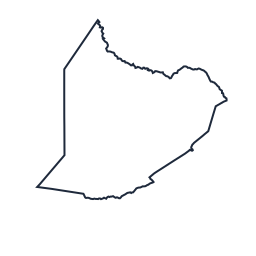 Palmas de Monte Alto, Bahia, Brazil (Mercator projection), rotated 22°
{"feature_id": "56859067B99815103572089", "entity_name": "Palmas de Monte Alto", "entity_type": "district", "adm_level": 2, "iso_a3": "BRA", "parent_name": "Brazil", "parent_adm1": "Bahia", "projection": "mercator", "projection_center": [-43.172, -14.195], "detail": "fine", "context": "isolated", "style": "outline", "palette": "slate", "viewbox_px": 256, "rotation_deg": 22, "n_neighbors": 0, "source": "geoboundaries", "source_scale": "gbopen_adm2", "svg_char_len": 3448}
<svg xmlns="http://www.w3.org/2000/svg" viewBox="0 0 256 256"><g transform="rotate(22 128 128)"><path d="M209.1,65.6L208.7,64.5L208.1,63.6L207.1,63.6L206.3,63.0L205.2,63.0L204.3,62.0L203.7,60.9L203.1,60.2L202.1,60.4L201.5,59.1L201.1,58.2L199.9,58.0L198.5,57.7L197.6,56.6L196.8,55.8L195.6,55.6L194.5,55.1L193.4,54.4L192.2,54.1L191.2,53.5L189.9,53.7L188.7,53.5L187.4,53.9L186.3,53.1L185.1,52.0L184.3,51.2L183.3,50.2L181.9,49.2L180.9,48.2L180.3,47.7L179.4,47.2L178.3,46.9L177.4,46.5L176.4,46.3L175.4,46.4L174.1,46.4L172.5,46.2L171.3,46.3L170.6,47.0L170.1,47.7L169.1,48.1L168.1,48.2L167.5,48.9L166.5,49.4L165.4,49.4L163.8,49.3L162.8,49.1L161.9,49.3L160.9,49.8L159.9,49.3L159.0,49.2L157.8,49.5L156.5,50.2L156.0,51.5L155.2,52.6L154.4,54.1L153.9,54.8L152.9,55.8L152.8,57.0L153.0,58.5L151.9,59.1L150.9,59.5L149.9,60.5L149.7,61.9L149.3,63.7L149.3,64.9L149.1,65.7L148.1,66.3L146.6,65.5L145.2,65.3L144.0,65.6L142.9,65.3L141.9,64.9L140.8,64.7L140.0,64.0L139.4,63.3L138.5,63.9L137.2,64.4L136.2,64.4L135.2,64.5L134.1,64.6L133.1,64.7L131.9,65.1L131.7,66.0L131.2,66.8L130.4,67.7L129.3,66.4L128.4,66.0L127.5,65.9L126.7,66.2L126.1,66.9L124.8,66.9L124.9,65.8L124.0,65.4L123.0,65.6L122.4,66.4L121.5,66.6L120.7,66.0L119.6,66.3L119.2,67.7L117.8,67.9L116.5,67.6L115.1,67.6L114.1,67.7L113.5,68.7L112.4,69.5L111.7,68.5L110.7,68.1L109.7,67.6L108.8,66.7L108.3,67.5L108.2,68.4L107.2,68.8L106.1,68.4L104.9,68.1L103.9,67.9L102.2,67.8L101.1,68.3L99.8,67.2L98.7,67.8L97.7,68.0L96.7,67.5L95.7,66.7L94.4,66.6L93.4,67.3L92.5,67.6L91.8,66.3L90.6,65.7L89.6,65.7L88.6,65.5L88.0,64.6L87.2,63.8L86.4,63.5L85.4,63.7L84.5,63.8L83.3,63.7L81.8,64.1L80.5,64.7L79.5,64.2L78.7,63.2L78.0,62.6L78.2,61.5L78.5,60.7L78.6,59.8L78.3,58.6L77.3,57.6L76.5,56.8L75.5,56.6L74.2,56.4L73.2,55.8L72.4,55.4L71.4,54.8L72.2,53.8L71.1,53.5L70.1,53.0L69.5,51.9L69.6,50.6L69.7,49.7L68.5,49.3L67.9,48.6L67.2,48.1L67.2,46.9L67.7,45.5L67.2,44.4L66.3,44.3L65.4,45.0L64.2,45.2L64.1,43.9L63.1,43.1L62.1,42.9L61.1,42.5L61.4,41.4L61.8,40.5L60.8,39.9L59.6,39.3L58.8,42.7L57.9,46.6L55.9,56.0L53.4,67.5L46.9,97.3L47.4,98.7L55.8,119.5L64.6,141.2L68.3,150.1L79.3,177.0L67.3,213.1L65.9,216.7L79.8,213.1L111.3,205.7L112.6,206.8L113.5,207.7L114.3,208.4L115.2,208.6L116.0,208.2L116.9,207.7L117.8,207.5L118.9,207.5L119.8,207.6L120.7,207.4L122.2,207.0L123.2,206.1L124.6,205.9L125.8,205.4L126.9,205.1L127.5,204.2L128.6,203.8L129.6,204.1L130.6,203.2L131.5,202.3L131.9,201.6L133.1,201.7L134.3,201.7L134.5,200.5L135.0,199.5L135.6,198.9L136.6,199.0L137.4,198.2L138.4,197.8L139.7,196.8L140.9,197.1L141.9,197.3L142.8,197.3L143.4,196.6L144.3,196.3L145.7,196.5L146.8,196.2L147.4,195.0L147.7,193.6L148.5,192.7L149.2,191.8L150.1,190.8L151.0,189.5L151.5,188.7L152.3,188.0L153.2,187.5L154.1,186.8L155.3,187.1L155.9,186.2L156.8,185.8L157.2,184.8L157.5,183.8L157.8,182.8L158.1,181.9L158.3,181.0L159.1,180.1L160.1,179.3L161.6,178.6L162.6,177.6L163.4,176.6L164.3,176.3L165.7,175.6L166.7,174.5L167.3,173.5L168.1,173.0L168.9,171.5L169.8,170.6L170.6,169.9L171.4,169.3L171.9,168.5L170.5,167.7L169.2,167.1L168.0,166.9L167.3,166.2L166.4,165.7L169.1,160.6L169.8,159.5L171.4,157.2L179.4,145.9L182.8,141.1L183.3,140.4L190.4,130.5L190.9,129.7L193.1,126.1L193.4,125.2L194.4,125.1L195.9,125.1L196.4,124.4L195.9,123.7L194.9,123.4L194.1,122.9L193.8,121.9L193.9,120.4L193.9,119.3L194.3,118.5L194.8,117.0L197.8,111.6L200.5,106.7L201.2,105.3L203.6,100.9L203.5,99.6L202.0,84.0L201.2,75.0L206.9,67.7L209.1,65.6Z" fill="none" stroke="#1e293b" stroke-width="2"/></g></svg>